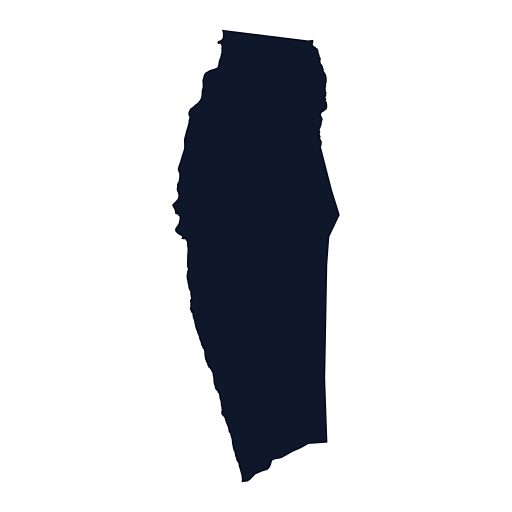 Svalbarðsstrandarhreppur, Norðurland eystra, Iceland
{"feature_id": "244011B70204278120324", "entity_name": "Svalbarðsstrandarhreppur", "entity_type": "district", "adm_level": 2, "iso_a3": "ISL", "parent_name": "Iceland", "parent_adm1": "Norðurland eystra", "projection": "orthographic", "projection_center": [-18.034, 65.737], "detail": "fine", "context": "isolated", "style": "filled", "palette": "ink", "viewbox_px": 512, "rotation_deg": 0, "n_neighbors": 0, "source": "geoboundaries", "source_scale": "gbopen_adm2", "svg_char_len": 5963}
<svg xmlns="http://www.w3.org/2000/svg" viewBox="0 0 512 512"><path d="M326.6,441.9L324.4,379.0L326.5,264.7L328.5,237.1L328.8,236.1L338.9,214.9L337.8,211.2L331.2,190.0L320.5,148.3L320.0,147.2L320.8,145.1L320.8,144.5L321.0,143.5L321.0,143.3L320.9,143.0L321.1,142.4L321.0,142.0L320.7,141.0L320.3,140.4L320.3,140.2L319.9,139.5L319.0,139.0L319.0,138.7L319.2,138.3L319.7,137.6L319.8,137.3L319.8,136.6L319.7,136.3L319.5,135.9L319.3,136.0L319.1,135.7L319.2,134.9L319.1,134.5L319.1,133.8L319.0,133.6L319.0,133.0L319.1,132.7L319.4,132.5L319.4,131.7L319.4,131.1L318.9,130.4L318.8,130.1L318.9,129.3L319.0,128.9L319.8,127.6L320.0,127.1L320.0,126.5L320.4,126.0L321.0,123.7L321.0,121.6L321.9,119.8L321.9,119.3L321.7,118.4L320.8,117.0L320.5,115.9L320.4,115.2L320.1,114.9L320.0,114.5L320.1,114.1L320.9,113.0L321.1,111.7L321.3,111.5L321.7,111.6L322.0,111.4L322.4,110.8L322.5,110.8L322.5,111.1L322.5,111.4L322.8,111.4L323.2,110.8L323.3,110.4L323.8,110.1L323.9,109.7L323.7,109.5L323.7,109.3L324.0,109.3L324.2,109.6L324.2,110.0L324.4,110.1L324.5,110.0L324.6,109.2L325.1,108.8L325.8,109.0L326.0,109.0L326.1,108.8L325.9,107.9L326.6,106.9L326.3,106.5L326.2,105.9L326.5,105.5L326.5,105.0L326.3,103.8L326.1,103.5L326.0,102.4L325.7,102.1L325.6,101.6L325.3,101.2L325.2,100.8L325.0,100.5L325.0,100.2L325.4,99.6L325.5,99.1L324.7,97.9L324.5,97.7L324.5,97.4L324.8,96.8L324.9,96.4L325.4,95.9L325.4,95.5L325.5,95.2L325.4,95.0L325.4,94.6L325.5,94.2L325.6,93.9L325.5,93.6L325.7,93.0L325.7,92.6L325.5,92.1L325.4,91.7L324.8,90.6L324.9,90.2L325.2,89.5L324.9,89.3L324.8,88.9L324.8,88.4L324.9,87.8L325.0,87.3L325.4,86.0L325.3,84.7L325.4,83.6L325.7,82.8L326.0,81.2L325.9,79.6L326.0,78.7L325.9,78.1L325.8,77.1L325.6,76.7L325.5,75.7L325.0,74.5L324.3,73.2L323.9,72.9L323.6,72.1L322.9,71.2L322.8,70.7L323.1,69.5L322.9,68.9L322.5,68.6L322.3,67.9L322.2,66.6L321.6,65.8L321.3,65.0L320.3,64.2L320.1,63.6L320.1,63.3L320.0,62.7L319.8,62.2L319.6,61.4L319.7,60.6L319.9,59.9L320.0,59.1L320.0,58.4L319.7,57.8L319.2,57.2L318.8,56.5L318.8,55.5L318.6,54.4L317.9,53.5L317.9,53.1L317.9,52.2L317.8,51.6L317.5,51.0L317.4,49.9L317.0,49.2L315.6,48.4L315.2,48.1L315.0,47.5L314.0,47.2L313.6,46.9L312.9,46.6L312.6,46.2L312.6,45.6L312.2,45.3L312.1,45.0L312.1,43.5L312.6,41.9L312.5,40.7L308.0,41.2L223.0,30.7L223.4,31.4L223.6,33.0L223.7,35.1L223.5,37.7L223.1,38.9L222.0,40.2L220.6,41.1L218.7,41.6L218.2,42.8L218.4,43.1L219.2,43.1L220.0,42.7L220.6,42.8L221.2,43.5L222.2,45.5L222.4,46.7L222.0,48.3L222.4,50.2L222.0,51.2L222.2,52.4L222.0,53.3L221.5,54.7L221.4,55.9L221.0,57.5L220.0,59.8L219.5,61.6L219.0,64.7L218.4,66.9L217.7,67.9L216.8,68.7L209.8,70.9L207.4,72.4L206.2,72.9L204.7,74.9L204.1,76.9L203.7,78.7L203.3,79.8L203.1,81.2L203.4,84.2L203.4,86.7L203.3,87.9L202.5,90.3L202.3,94.8L202.0,96.9L201.4,98.8L200.5,100.5L198.0,103.5L195.7,105.2L194.0,106.8L192.5,108.1L191.4,108.7L190.6,109.5L189.3,112.2L189.0,113.9L189.2,114.9L190.2,116.7L190.2,117.4L189.4,120.4L189.2,122.6L189.1,123.4L188.4,126.0L188.4,126.6L187.8,127.9L186.6,132.1L184.8,139.0L184.7,141.3L184.9,145.3L184.9,147.6L184.5,149.9L182.4,156.4L181.0,161.4L179.1,166.7L178.6,168.3L178.5,169.4L178.8,170.5L180.0,173.5L180.0,175.8L179.8,179.4L179.5,180.7L178.8,182.6L177.9,184.1L177.7,184.7L177.9,185.7L177.8,186.9L177.5,188.5L177.5,189.6L177.8,190.8L178.8,193.1L179.1,194.4L179.1,196.1L178.9,197.5L178.5,198.8L177.6,200.1L176.3,201.7L173.1,204.8L173.1,205.4L173.3,206.0L173.8,206.8L175.2,209.5L175.7,210.9L175.8,212.9L176.0,213.3L176.9,213.6L177.6,213.4L178.1,213.9L178.8,214.9L180.0,215.9L180.4,216.6L180.2,219.6L179.6,222.7L179.1,224.0L178.5,225.1L177.6,226.5L176.4,228.1L176.0,228.9L175.9,229.4L175.8,230.2L176.0,230.7L176.5,231.6L178.2,233.3L181.7,235.3L183.6,236.9L182.8,237.8L182.6,237.7L182.3,238.2L183.9,238.6L185.6,238.3L186.8,240.2L187.8,242.1L187.8,245.3L188.2,247.9L188.3,249.9L187.9,256.3L187.9,259.4L187.8,261.0L187.7,265.0L188.0,267.1L188.5,268.1L188.8,269.5L187.8,271.6L187.9,272.4L187.7,273.3L187.5,274.7L187.3,276.0L187.4,277.3L187.4,278.5L187.9,279.9L188.1,281.5L188.3,283.0L189.0,285.2L189.0,286.6L189.5,288.7L190.4,290.3L191.2,292.2L191.0,294.0L191.4,295.8L191.7,298.3L191.7,299.9L190.7,300.2L190.7,301.0L190.9,301.8L191.1,302.8L191.0,305.1L191.2,307.1L190.5,308.3L191.5,310.8L191.7,311.8L192.8,312.4L193.2,314.1L193.3,315.8L193.7,317.6L194.3,318.9L194.8,321.0L196.0,326.8L196.4,327.9L196.7,329.2L197.5,330.6L198.0,332.8L199.4,335.6L199.6,336.9L199.8,337.1L200.0,339.0L200.6,340.1L201.3,342.0L202.1,345.3L202.9,346.4L203.1,347.1L203.1,347.5L204.2,348.7L204.8,350.4L205.0,351.3L205.1,354.1L205.3,355.3L205.4,356.8L205.8,358.9L206.6,361.1L207.4,362.6L207.9,363.8L208.2,365.1L209.3,367.2L209.7,367.2L211.5,369.3L211.9,370.6L212.5,371.2L213.3,373.3L213.4,375.0L213.8,376.2L214.2,379.9L214.3,382.9L214.7,383.7L214.8,384.5L215.3,385.7L215.6,386.4L215.5,386.9L215.8,388.3L216.1,388.9L218.2,391.2L218.4,391.8L218.4,392.2L219.1,392.3L219.6,393.6L219.6,394.4L219.9,395.0L220.2,397.8L220.7,399.6L221.4,401.5L221.5,402.9L221.5,404.6L221.8,405.9L222.1,407.2L222.1,408.0L222.3,409.0L222.4,411.0L222.0,411.7L222.0,412.5L222.1,413.6L222.6,414.7L223.6,415.5L224.3,416.3L224.8,416.9L225.2,417.7L225.6,418.8L225.9,420.4L226.4,421.4L226.6,422.4L227.1,423.3L227.7,425.0L228.5,426.8L228.9,428.3L229.2,430.5L229.6,431.9L230.2,432.4L230.9,433.6L231.2,434.8L231.2,435.5L231.4,435.9L231.6,436.5L231.6,437.2L232.3,438.3L232.3,439.5L232.8,442.0L232.7,443.0L232.9,444.2L233.4,446.2L233.5,447.3L234.1,449.6L234.7,450.8L235.5,453.2L235.7,455.1L236.1,456.6L236.7,457.8L237.1,458.3L236.8,459.4L236.9,459.7L237.7,460.4L237.9,461.2L238.0,461.5L238.6,462.1L239.3,463.6L239.3,464.7L239.6,466.5L239.9,467.0L239.9,467.6L240.6,469.0L240.8,470.1L242.0,474.6L242.5,477.7L242.6,478.8L242.6,480.5L242.4,481.3L247.1,480.8L249.6,479.3L255.0,473.7L262.0,470.7L267.0,469.2L269.0,467.2L270.2,464.7L270.9,461.8L271.8,459.9L273.5,459.1L275.6,458.3L278.6,458.0L281.6,457.2L292.2,451.2L299.1,448.2L304.0,445.7L306.9,443.9L308.3,443.2L326.6,441.9Z" fill="#0f172a" stroke="#020617" stroke-width="1.5"/></svg>